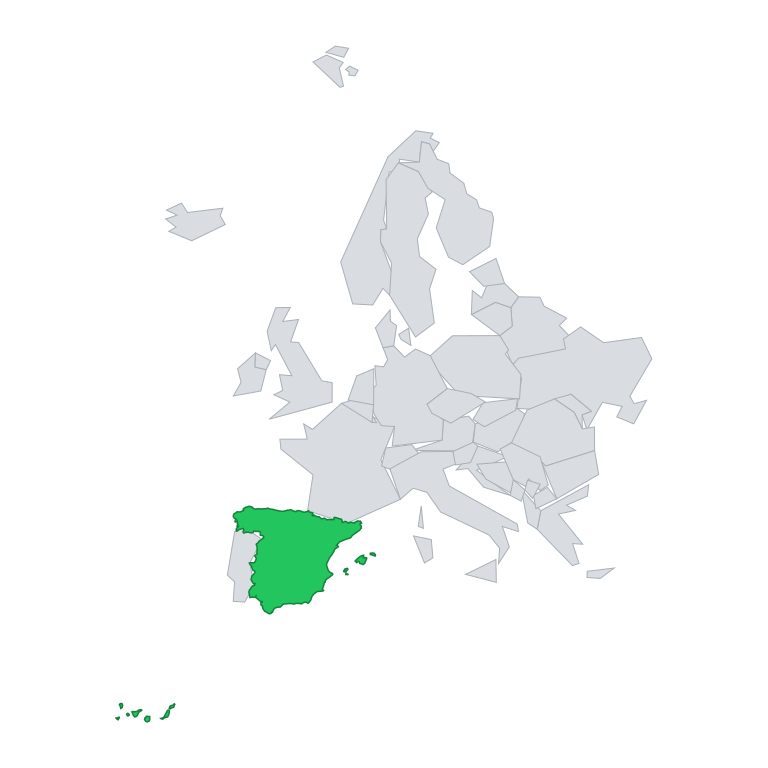 Spain on a map of Europe (orthographic projection)
{"feature_id": "ESP", "entity_name": "Spain", "entity_type": "country or territory", "adm_level": 0, "iso_a3": "ESP", "parent_name": "Europe", "parent_adm1": "", "projection": "orthographic", "projection_center": [-5.186, 35.705], "detail": "fine", "context": "in_parent", "style": "filled", "palette": "green", "viewbox_px": 768, "rotation_deg": 0, "n_neighbors": 37, "source": "natural_earth", "source_scale": "50m", "svg_char_len": 13359}
<svg xmlns="http://www.w3.org/2000/svg" viewBox="0 0 768 768"><path d="M313.0,61.9L326.5,55.0L343.2,62.5L339.3,67.9L343.5,86.2L340.1,87.4L313.0,61.9ZM439.3,142.6L432.8,151.8L429.5,143.9L421.5,141.8L419.3,162.1L399.5,159.2L398.8,171.4L389.1,171.9L383.6,220.2L386.7,228.9L380.9,229.8L380.5,241.8L393.8,278.0L389.6,295.2L383.0,288.3L372.7,305.0L352.7,303.9L340.7,262.0L388.0,156.8L415.8,130.8L433.1,133.3L430.2,138.1L439.3,142.6ZM348.6,48.3L343.8,57.3L325.9,52.3L335.4,46.1L348.6,48.3ZM358.1,70.2L355.0,75.9L348.8,75.1L349.1,72.1L345.6,69.5L349.5,66.1L358.1,70.2Z" fill="#d9dde1" stroke="#a8b0b8" stroke-width="1"/><path d="M341.5,403.3L394.6,426.5L380.8,459.8L400.4,499.3L346.4,523.5L307.6,510.6L313.0,474.8L280.9,449.1L279.9,439.2L307.3,439.1L303.7,423.9L312.5,429.4L341.5,403.3ZM418.3,526.3L421.2,505.9L423.4,528.4L418.3,526.3Z" fill="#d9dde1" stroke="#a8b0b8" stroke-width="1"/><path d="M389.6,295.2L391.6,263.2L380.5,241.8L380.9,229.8L386.7,228.9L386.1,179.5L398.4,162.8L418.4,171.5L432.1,192.1L425.2,198.0L428.4,214.1L417.3,238.8L419.6,256.6L436.0,269.2L429.6,288.9L434.3,323.0L415.5,337.0L389.6,295.2Z" fill="#d9dde1" stroke="#a8b0b8" stroke-width="1"/><path d="M518.6,296.8L539.9,297.2L544.1,306.2L566.7,318.1L559.3,325.5L569.0,335.7L565.5,348.9L512.5,364.7L499.8,335.6L512.2,326.1L510.9,307.6L518.6,296.8Z" fill="#d9dde1" stroke="#a8b0b8" stroke-width="1"/><path d="M634.2,403.7L646.5,400.3L633.7,423.9L616.8,416.9L622.2,406.4L602.4,402.3L586.9,429.8L582.1,414.8L591.3,411.3L571.0,394.2L543.0,410.0L516.9,408.4L521.6,378.2L512.5,364.7L518.6,358.2L565.5,348.9L563.5,339.0L580.6,326.9L603.6,342.7L641.5,337.5L651.9,358.8L629.8,396.3L634.2,403.7Z" fill="#d9dde1" stroke="#a8b0b8" stroke-width="1"/><path d="M499.8,335.6L508.6,350.0L505.3,354.0L520.9,374.4L519.6,398.9L459.5,395.4L432.8,365.8L430.3,355.7L452.4,335.8L499.8,335.6Z" fill="#d9dde1" stroke="#a8b0b8" stroke-width="1"/><path d="M475.3,423.9L472.2,444.8L460.8,450.9L411.9,450.4L442.1,440.1L443.3,420.3L468.6,416.1L475.3,423.9Z" fill="#d9dde1" stroke="#a8b0b8" stroke-width="1"/><path d="M516.9,408.4L524.6,413.8L517.7,438.4L497.5,451.8L473.3,442.2L475.3,423.9L516.9,408.4Z" fill="#d9dde1" stroke="#a8b0b8" stroke-width="1"/><path d="M554.4,398.9L571.0,394.2L591.3,411.3L582.1,414.8L582.3,428.9L574.2,412.4L554.4,398.9Z" fill="#d9dde1" stroke="#a8b0b8" stroke-width="1"/><path d="M582.3,428.9L594.5,427.0L594.6,450.6L545.7,466.0L511.5,442.9L527.1,410.0L554.4,398.9L574.2,412.4L582.3,428.9Z" fill="#d9dde1" stroke="#a8b0b8" stroke-width="1"/><path d="M510.9,307.6L512.2,326.1L499.8,335.6L471.4,314.5L495.5,302.3L510.9,307.6Z" fill="#d9dde1" stroke="#a8b0b8" stroke-width="1"/><path d="M504.6,283.5L518.6,296.8L510.9,307.6L495.5,302.3L471.4,314.5L472.3,290.5L481.7,297.9L488.1,282.4L504.6,283.5Z" fill="#d9dde1" stroke="#a8b0b8" stroke-width="1"/><path d="M496.0,258.4L504.6,283.5L483.7,286.3L469.5,271.7L496.0,258.4Z" fill="#d9dde1" stroke="#a8b0b8" stroke-width="1"/><path d="M430.3,355.7L447.3,388.6L427.1,404.2L443.3,420.3L442.1,440.1L392.2,446.0L394.6,426.5L381.4,425.7L374.0,414.0L369.9,391.1L376.2,385.3L374.9,365.7L383.6,366.8L387.7,359.6L383.0,347.7L393.7,345.8L404.6,357.1L415.4,349.0L430.3,355.7Z" fill="#d9dde1" stroke="#a8b0b8" stroke-width="1"/><path d="M541.3,461.4L545.7,466.0L594.6,450.6L598.7,474.4L556.8,498.7L541.3,461.4Z" fill="#d9dde1" stroke="#a8b0b8" stroke-width="1"/><path d="M614.2,568.0L600.4,578.4L587.0,577.5L587.2,571.3L614.2,568.0ZM540.8,510.7L588.7,484.7L587.4,496.1L566.6,505.1L575.5,510.4L558.4,514.0L582.7,544.2L572.6,543.6L579.0,563.4L572.5,565.6L537.2,529.3L540.8,510.7Z" fill="#d9dde1" stroke="#a8b0b8" stroke-width="1"/><path d="M540.8,510.7L537.2,529.3L527.7,522.9L521.4,489.5L540.8,510.7Z" fill="#d9dde1" stroke="#a8b0b8" stroke-width="1"/><path d="M477.8,446.1L508.0,456.6L476.5,470.2L510.2,495.4L483.6,487.2L467.8,468.5L456.1,470.0L477.8,446.1Z" fill="#d9dde1" stroke="#a8b0b8" stroke-width="1"/><path d="M411.8,444.6L421.6,457.4L394.4,471.2L381.6,465.9L385.7,448.0L411.8,444.6Z" fill="#d9dde1" stroke="#a8b0b8" stroke-width="1"/><path d="M371.8,414.7L376.6,422.7L372.0,422.4L371.8,414.7Z" fill="#d9dde1" stroke="#a8b0b8" stroke-width="1"/><path d="M373.6,404.9L372.0,422.4L341.5,403.3L362.1,397.0L373.6,404.9Z" fill="#d9dde1" stroke="#a8b0b8" stroke-width="1"/><path d="M373.8,368.7L373.6,404.9L348.1,400.1L356.7,375.9L373.8,368.7Z" fill="#d9dde1" stroke="#a8b0b8" stroke-width="1"/><path d="M234.6,531.7L242.8,526.5L261.9,539.3L249.7,563.4L254.3,585.1L244.7,602.1L233.2,601.3L234.6,581.9L227.4,575.1L234.6,531.7Z" fill="#d9dde1" stroke="#a8b0b8" stroke-width="1"/><path d="M266.2,369.7L260.8,391.0L233.3,396.0L241.1,382.4L237.6,368.7L255.5,352.9L255.0,367.0L266.2,369.7Z" fill="#d9dde1" stroke="#a8b0b8" stroke-width="1"/><path d="M421.2,451.8L453.0,451.4L457.2,463.4L443.0,469.1L449.3,486.0L517.3,524.1L518.5,531.6L502.3,526.5L509.3,546.9L498.6,563.5L499.6,548.2L489.2,535.1L440.6,512.0L426.8,492.3L413.1,488.2L400.4,499.3L389.9,468.8L421.2,451.8ZM465.6,574.4L495.9,559.5L496.3,582.4L465.6,574.4ZM413.5,535.9L431.3,539.6L432.9,557.9L424.5,563.0L413.5,535.9Z" fill="#d9dde1" stroke="#a8b0b8" stroke-width="1"/><path d="M393.7,345.8L383.0,347.7L375.4,327.8L390.1,309.9L390.4,321.0L396.6,325.7L393.7,345.8ZM408.6,328.2L410.9,345.4L401.1,339.5L398.7,334.4L408.6,328.2Z" fill="#d9dde1" stroke="#a8b0b8" stroke-width="1"/><path d="M266.2,369.7L255.0,367.0L255.5,352.9L270.6,360.7L266.2,369.7ZM291.8,375.7L275.5,344.6L271.3,350.7L267.1,331.5L275.7,307.7L290.3,307.5L282.8,321.5L298.5,319.5L290.6,341.9L298.6,342.5L321.8,380.8L332.2,382.7L332.1,402.1L269.2,419.2L289.8,402.1L273.8,394.7L282.7,390.5L279.5,374.7L291.8,375.7Z" fill="#d9dde1" stroke="#a8b0b8" stroke-width="1"/><path d="M222.9,208.2L220.2,215.7L225.3,224.5L191.6,240.8L168.8,231.3L176.1,227.1L165.6,219.0L177.1,215.1L166.5,210.1L181.5,203.1L187.5,212.5L222.9,208.2Z" fill="#d9dde1" stroke="#a8b0b8" stroke-width="1"/><path d="M453.0,451.4L473.3,442.2L477.8,446.1L470.5,462.6L455.5,465.0L453.0,451.4Z" fill="#d9dde1" stroke="#a8b0b8" stroke-width="1"/><path d="M429.5,143.9L437.3,159.3L448.7,163.6L450.1,173.2L463.8,183.2L466.8,193.7L476.6,199.9L479.3,207.9L491.8,212.2L493.6,218.7L489.7,246.4L462.8,264.7L448.5,257.2L436.2,227.9L445.2,199.6L428.0,188.4L418.4,171.5L398.4,162.8L419.3,162.1L421.5,141.8L429.5,143.9Z" fill="#d9dde1" stroke="#a8b0b8" stroke-width="1"/><path d="M517.5,398.7L515.6,410.3L484.3,426.8L473.0,419.5L482.9,402.7L517.5,398.7Z" fill="#d9dde1" stroke="#a8b0b8" stroke-width="1"/><path d="M447.3,388.6L471.1,393.5L485.4,402.0L450.8,423.2L431.8,413.2L427.1,404.2L447.3,388.6Z" fill="#d9dde1" stroke="#a8b0b8" stroke-width="1"/><path d="M510.6,492.9L485.8,479.1L477.0,464.2L509.3,461.6L515.3,478.5L510.6,492.9Z" fill="#d9dde1" stroke="#a8b0b8" stroke-width="1"/><path d="M547.3,487.4L556.8,498.7L535.9,508.6L533.5,495.3L547.3,487.4Z" fill="#d9dde1" stroke="#a8b0b8" stroke-width="1"/><path d="M500.2,449.0L511.5,442.9L540.1,456.8L548.2,485.0L540.2,490.6L528.9,479.0L525.7,486.5L513.3,479.7L500.2,449.0Z" fill="#d9dde1" stroke="#a8b0b8" stroke-width="1"/><path d="M524.9,490.0L521.2,501.2L510.2,495.4L513.3,479.7L524.9,490.0Z" fill="#d9dde1" stroke="#a8b0b8" stroke-width="1"/><path d="M532.7,498.4L524.9,490.0L527.5,480.2L540.2,484.2L532.7,498.4Z" fill="#d9dde1" stroke="#a8b0b8" stroke-width="1"/><path d="M308.7,510.8L308.8,511.3L309.2,511.9L309.6,512.2L310.5,512.5L312.1,512.6L312.7,513.0L312.8,513.6L312.6,514.2L312.1,515.3L312.3,515.6L312.7,515.8L313.2,515.8L313.7,514.9L313.9,514.9L313.9,515.1L314.1,515.4L315.2,515.9L317.7,516.8L319.5,516.9L319.7,517.3L321.4,518.7L322.4,518.7L323.3,518.5L323.9,518.2L324.3,518.2L325.3,518.7L326.0,519.2L326.6,519.8L327.0,519.9L329.5,519.4L330.0,519.7L331.3,519.6L332.7,519.7L333.9,519.6L334.0,519.4L334.0,518.0L334.1,517.5L334.4,517.4L335.1,517.4L337.6,518.1L339.7,518.9L340.6,518.9L341.2,519.1L342.1,520.3L342.0,521.0L342.2,521.7L342.2,522.2L342.5,522.5L343.3,522.4L345.0,521.4L346.6,521.9L347.3,522.3L348.0,523.2L348.5,523.2L349.1,522.7L350.1,522.2L354.0,522.9L354.8,522.9L354.9,522.2L355.3,522.0L356.4,521.6L357.1,521.1L357.9,520.9L359.8,521.3L360.4,521.2L360.8,522.1L361.3,522.3L361.6,523.1L360.7,523.6L360.2,523.7L360.1,525.0L360.4,525.3L361.0,525.6L361.2,526.0L361.4,527.9L360.5,529.1L359.2,530.5L352.4,535.3L350.9,537.4L350.3,537.9L345.0,539.6L341.4,541.2L339.6,541.8L337.5,544.3L336.5,545.3L337.4,545.5L338.4,546.6L338.1,547.1L336.7,547.9L336.1,548.2L335.8,548.1L335.4,548.2L333.3,552.5L331.3,555.5L330.1,556.9L329.0,558.9L326.6,563.9L326.6,565.4L328.2,570.2L329.1,571.5L330.2,572.5L332.3,573.3L332.8,574.2L332.2,575.1L330.2,576.7L326.8,579.0L325.3,580.7L325.1,582.3L324.1,583.1L323.8,585.3L323.2,586.8L323.1,587.3L322.5,588.5L322.4,589.3L323.6,590.4L323.1,590.9L322.5,591.1L317.0,591.6L313.6,594.2L312.0,596.4L310.6,600.4L308.7,602.8L307.9,603.3L306.5,602.3L304.9,602.2L303.3,602.6L302.5,603.4L301.2,603.9L299.9,603.5L297.2,603.4L295.9,603.4L294.0,604.1L292.4,603.7L289.6,603.5L283.6,604.1L282.8,604.4L282.1,605.4L280.2,607.1L277.3,607.2L274.6,608.3L274.0,609.0L272.9,610.9L272.5,612.3L272.3,612.3L272.0,612.0L271.6,612.1L271.4,613.1L270.4,613.6L269.5,613.8L267.5,612.9L265.8,611.6L264.9,611.5L263.4,609.5L262.8,608.2L262.4,606.8L262.5,606.2L262.4,605.8L261.1,605.2L260.8,603.9L261.7,602.3L262.5,601.6L263.0,601.4L261.8,601.5L261.0,602.5L259.9,600.8L255.6,597.4L255.9,596.6L255.9,596.2L255.2,597.1L254.6,597.3L252.4,597.1L249.9,597.5L249.0,592.7L248.9,591.8L249.6,589.8L250.4,589.0L251.3,587.4L252.5,586.0L254.3,585.5L254.8,584.5L255.1,583.6L254.9,583.5L253.5,583.6L251.0,579.7L251.1,579.1L251.4,578.2L251.6,577.1L251.7,576.2L252.4,575.4L253.4,574.6L254.3,573.5L254.8,572.5L254.9,571.5L254.4,570.8L253.0,570.4L251.7,567.5L251.4,565.7L250.2,564.7L249.3,563.0L250.2,562.7L253.8,562.8L254.7,562.3L255.3,561.2L256.1,559.3L256.2,558.1L256.0,557.6L254.9,556.4L254.8,556.0L255.0,555.5L256.7,554.2L257.2,553.7L257.1,553.2L256.9,552.7L256.8,552.3L257.0,551.7L257.1,549.8L257.2,549.3L257.1,547.6L256.9,546.2L256.2,544.4L256.3,544.0L256.7,543.7L257.8,543.1L258.7,541.6L260.0,540.4L261.8,539.4L263.0,538.3L263.4,537.5L263.8,537.3L263.5,536.3L262.8,535.7L261.9,535.4L261.0,535.4L260.4,535.3L260.2,534.8L260.3,533.7L260.3,532.5L260.1,532.0L259.6,531.5L258.8,531.6L258.0,531.3L257.4,531.2L257.1,531.5L255.4,531.4L254.2,530.9L253.9,531.0L253.7,531.3L253.5,532.1L252.9,532.5L251.5,532.9L250.4,532.8L249.3,532.5L248.5,532.1L246.4,532.3L246.1,532.1L244.3,533.0L243.7,533.0L243.5,532.9L243.0,531.8L243.1,531.4L244.0,530.1L244.0,529.8L243.6,529.4L243.3,528.8L243.2,528.5L242.7,528.5L242.1,528.7L239.3,529.5L238.3,530.1L237.3,531.0L236.5,531.2L236.3,530.9L236.3,528.7L237.5,527.3L238.4,526.4L238.0,526.2L237.1,526.2L237.2,525.5L237.6,525.2L238.1,524.5L237.6,524.2L237.3,523.7L237.4,522.4L237.5,521.9L237.4,521.3L235.5,522.0L235.1,521.9L235.1,520.9L236.2,519.5L236.3,519.1L235.1,518.8L234.3,518.1L233.8,517.4L233.3,516.5L233.3,515.7L234.0,513.8L235.6,513.0L237.2,511.7L239.3,512.0L240.6,511.8L241.8,511.2L242.4,511.0L243.5,510.5L243.5,509.7L243.2,509.1L243.5,508.6L246.1,507.1L247.7,506.9L249.2,506.2L250.3,506.7L251.2,506.6L252.2,507.2L253.6,508.6L255.6,509.2L257.2,508.8L260.0,508.8L261.5,509.0L264.0,508.7L265.5,508.8L267.8,508.1L269.6,509.0L273.2,509.4L275.3,510.1L281.2,511.3L283.3,511.3L286.3,510.6L287.6,510.1L288.7,510.3L290.4,509.7L291.2,509.8L292.3,510.6L296.1,511.7L297.1,510.7L297.8,510.5L300.5,511.0L303.3,512.1L304.7,512.1L306.8,511.7L308.7,510.8ZM363.2,557.7L364.3,558.1L365.3,557.6L365.9,557.6L366.5,557.8L366.7,558.7L366.3,559.7L365.7,560.8L365.2,561.9L364.8,563.2L363.9,564.0L363.1,564.5L361.2,563.8L360.1,563.6L359.7,563.3L359.3,561.9L358.8,561.5L358.1,561.4L357.5,561.8L356.8,562.6L356.3,561.9L355.6,561.8L355.3,561.4L355.2,560.8L359.3,557.1L360.5,556.3L363.1,555.2L363.6,555.3L363.3,555.8L363.3,556.1L363.7,556.3L363.6,556.7L363.3,557.0L363.2,557.7ZM138.8,712.2L137.5,715.2L136.5,716.3L135.9,716.7L134.5,716.9L133.0,714.7L132.3,712.6L131.9,711.9L132.7,711.5L133.8,711.7L136.2,711.6L136.7,711.5L139.3,709.8L141.6,709.8L141.6,710.5L138.8,712.2ZM164.4,717.8L162.6,719.2L161.0,718.7L160.7,718.4L162.4,718.1L164.0,717.1L165.2,714.6L166.9,711.8L167.3,710.6L167.9,710.2L168.7,710.2L169.1,710.3L169.4,711.0L169.3,712.4L168.7,714.8L167.7,716.9L164.4,717.8ZM149.8,716.6L149.6,717.7L149.8,718.8L149.6,720.4L149.0,721.2L147.4,721.9L146.3,721.6L145.6,721.2L144.6,719.7L144.7,718.2L145.8,717.4L146.4,716.2L149.2,716.7L149.6,716.4L149.8,716.6ZM171.0,708.1L170.1,708.9L169.2,708.5L169.8,706.6L170.2,706.0L172.0,705.3L173.4,705.1L173.8,704.2L174.3,703.8L174.8,704.4L174.3,705.0L173.9,707.0L172.9,707.6L171.0,708.1ZM375.3,555.9L375.1,556.1L371.7,554.8L370.6,554.7L370.3,554.5L370.3,553.3L372.5,552.9L374.3,553.3L375.4,554.8L375.5,555.1L375.3,555.9ZM121.0,708.4L120.7,708.5L120.6,707.4L119.4,704.5L120.4,703.5L122.0,703.6L122.5,704.5L122.7,705.4L122.3,705.9L122.3,706.9L122.1,707.5L121.0,708.4ZM346.1,571.2L345.8,572.0L344.1,571.8L343.7,571.5L344.0,570.5L344.5,570.4L344.5,569.7L344.9,569.0L347.2,568.3L347.7,568.7L347.9,569.4L346.6,570.9L346.1,571.2ZM128.2,715.9L127.7,715.9L127.1,715.5L126.6,714.4L127.1,713.6L127.5,713.3L128.0,713.4L129.0,714.1L129.2,714.8L129.2,715.2L128.2,715.9ZM119.4,717.7L118.0,719.8L116.6,718.8L116.3,718.4L116.1,717.9L117.5,718.0L119.0,717.1L119.4,717.7ZM348.0,574.5L347.7,574.7L347.0,574.5L345.9,574.6L345.8,574.1L346.2,573.2L346.9,574.0L347.9,574.1L348.0,574.5Z" fill="#22c55e" stroke="#15803d" stroke-width="1.5"/></svg>